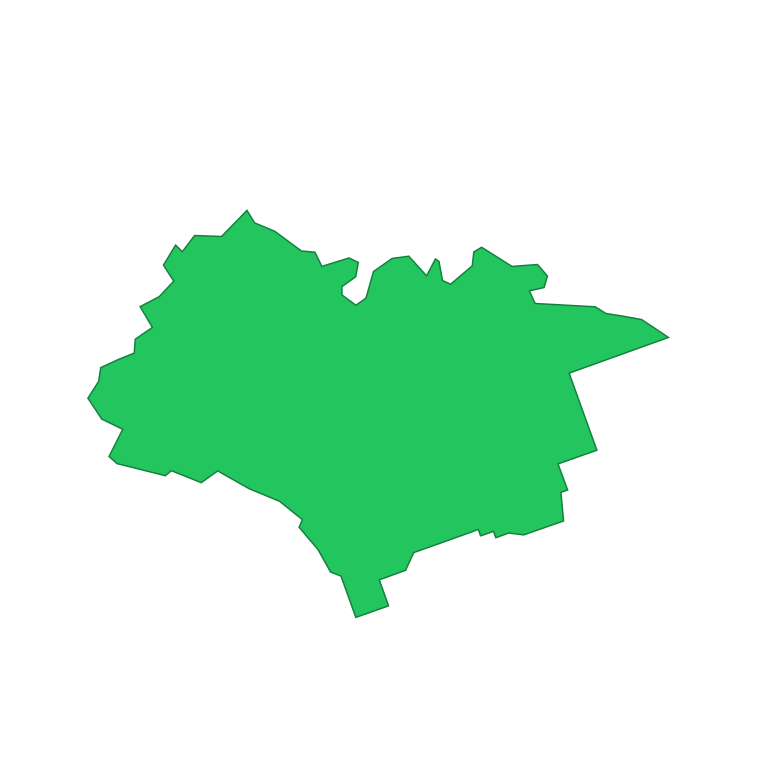 St. Clair, Alabama, United States of America (orthographic projection), rotated 250°
{"feature_id": "52423323B90675614750768", "entity_name": "St. Clair", "entity_type": "district", "adm_level": 2, "iso_a3": "USA", "parent_name": "United States of America", "parent_adm1": "Alabama", "projection": "orthographic", "projection_center": [-86.295, 33.69], "detail": "fine", "context": "isolated", "style": "filled", "palette": "green", "viewbox_px": 768, "rotation_deg": 250, "n_neighbors": 0, "source": "geoboundaries", "source_scale": "gbopen_adm2", "svg_char_len": 1191}
<svg xmlns="http://www.w3.org/2000/svg" viewBox="0 0 768 768"><g transform="rotate(250 384 384)"><path d="M174.0,312.4L201.6,312.6L201.6,340.6L215.4,354.3L215.0,416.0L215.2,422.9L208.4,422.8L208.2,423.1L208.1,436.5L201.3,436.5L201.3,450.2L194.4,463.8L193.9,505.9L221.7,513.2L221.6,520.3L249.4,520.2L249.0,561.4L330.9,561.7L330.5,667.2L356.4,648.2L364.2,634.9L374.5,616.5L384.3,608.9L408.0,553.5L421.8,552.5L419.9,567.4L429.6,574.5L443.8,569.1L450.7,544.5L479.1,522.5L477.4,513.6L464.8,507.3L455.0,480.7L461.2,474.4L480.4,477.6L483.9,475.1L471.0,461.0L495.6,451.0L499.2,434.5L493.3,412.6L470.9,396.5L467.6,384.5L482.0,375.0L489.9,377.7L494.5,394.1L506.9,401.4L514.4,394.3L515.8,365.8L531.5,364.2L537.2,351.9L564.7,333.7L579.6,317.6L594.0,314.6L578.2,281.8L588.3,256.8L577.3,239.7L585.8,235.7L571.1,217.4L552.6,221.6L543.0,202.8L540.1,181.3L516.4,185.7L511.2,165.6L498.5,159.9L497.9,142.8L496.3,123.4L484.1,116.8L471.9,100.9L447.5,106.8L430.8,123.0L409.9,100.8L400.5,105.9L372.6,147.2L375.3,154.5L353.8,178.5L359.2,198.0L331.8,221.4L309.4,245.8L284.4,260.9L278.4,255.2L250.9,265.4L225.5,269.5L218.2,277.9L174.3,277.7L174.0,312.4Z" fill="#22c55e" stroke="#15803d" stroke-width="1.5"/></g></svg>